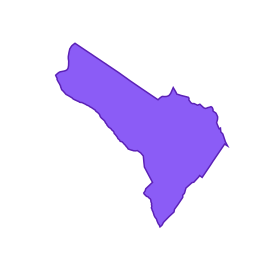 the district of Paranavaí, Paraná, Brazil, rotated 304°
{"feature_id": "56859067B4157250123449", "entity_name": "Paranavaí", "entity_type": "district", "adm_level": 2, "iso_a3": "BRA", "parent_name": "Brazil", "parent_adm1": "Paraná", "projection": "mercator", "projection_center": [-52.54, -22.874], "detail": "fine", "context": "isolated", "style": "filled", "palette": "violet", "viewbox_px": 256, "rotation_deg": 304, "n_neighbors": 0, "source": "geoboundaries", "source_scale": "gbopen_adm2", "svg_char_len": 2503}
<svg xmlns="http://www.w3.org/2000/svg" viewBox="0 0 256 256"><g transform="rotate(304 128 128)"><path d="M131.3,38.5L130.5,39.7L129.5,41.5L128.5,42.1L127.6,43.8L126.8,45.3L126.4,46.4L125.8,47.2L125.4,48.2L124.4,49.2L123.8,50.1L123.0,51.1L122.6,51.9L122.4,53.3L122.0,54.9L121.2,57.8L121.4,59.7L121.5,60.8L121.6,62.5L121.7,64.7L121.4,66.4L121.6,68.0L121.9,69.8L122.1,71.1L122.4,72.3L122.3,73.4L122.7,74.5L123.4,75.6L123.6,77.4L123.9,79.2L124.0,81.2L124.4,82.9L124.3,84.8L124.5,86.0L124.5,88.0L124.5,90.8L124.0,91.8L123.9,92.9L123.8,94.6L123.3,96.8L121.9,98.7L121.4,100.3L121.0,103.4L120.7,104.8L119.7,106.5L119.3,108.0L118.7,108.9L117.9,111.5L117.9,112.6L117.9,114.1L117.3,115.8L117.2,117.4L116.7,118.7L115.7,119.7L115.6,120.7L115.3,121.7L114.4,124.3L113.6,125.6L113.3,127.7L112.6,129.0L113.2,130.6L113.1,131.8L112.5,133.9L112.2,135.6L111.7,136.8L111.4,138.3L110.7,139.9L111.3,142.3L112.3,145.4L113.3,147.1L114.5,148.4L114.5,152.3L113.4,156.3L107.8,160.9L106.4,162.1L104.8,163.4L97.4,177.3L96.7,178.7L87.6,176.7L85.4,177.4L84.1,177.4L82.9,177.4L82.3,178.4L81.7,181.5L82.1,183.0L81.7,184.9L81.7,186.1L81.1,187.1L79.7,188.3L78.6,189.9L77.6,190.3L76.7,191.3L75.8,191.8L74.8,192.0L74.4,192.9L73.4,194.0L72.5,195.6L70.0,198.7L69.1,200.4L68.5,202.4L67.1,204.2L65.5,206.7L65.2,207.9L64.5,208.9L63.9,209.8L65.9,210.4L66.9,210.5L69.2,210.2L70.5,210.3L77.7,211.6L84.1,213.1L86.6,212.0L92.2,212.2L95.6,212.2L97.0,212.2L100.3,212.2L101.3,212.1L102.6,211.1L103.7,211.0L105.1,211.3L106.1,211.1L110.6,209.6L118.5,211.6L119.9,212.9L127.3,214.0L128.6,213.9L128.5,217.1L135.4,217.1L143.4,217.1L148.3,217.0L168.7,217.1L168.8,220.6L171.0,216.5L176.0,210.0L176.7,207.1L179.6,204.7L178.3,204.1L178.9,203.0L181.9,198.5L183.4,198.0L185.0,197.5L186.1,196.9L187.4,196.1L189.2,193.2L189.6,192.1L189.5,191.0L189.7,188.8L190.6,188.4L191.3,187.6L192.1,186.3L192.1,184.9L190.6,183.8L189.7,182.9L188.6,182.2L187.4,181.1L187.1,179.4L187.9,174.3L185.8,172.9L185.2,169.1L184.2,167.7L184.1,166.0L185.3,162.8L186.8,161.9L187.2,160.8L184.6,153.6L183.4,149.4L184.1,148.4L184.7,147.3L186.8,142.9L180.7,144.0L178.2,143.9L176.8,143.2L175.8,142.4L174.7,141.0L173.3,138.7L171.2,137.8L168.2,137.1L168.2,117.6L168.3,103.6L168.7,89.5L168.7,84.9L168.6,38.2L168.6,36.7L167.0,36.1L164.9,35.5L163.4,35.4L162.5,35.5L161.0,35.5L159.0,36.3L157.9,36.7L153.9,38.5L152.0,39.8L150.3,41.4L146.7,43.7L145.0,44.5L143.9,44.9L142.4,44.9L141.4,44.6L139.8,43.5L136.9,40.6L136.0,39.9L134.2,39.2L131.3,38.5Z" fill="#8b5cf6" stroke="#5b21b6" stroke-width="1.5"/></g></svg>